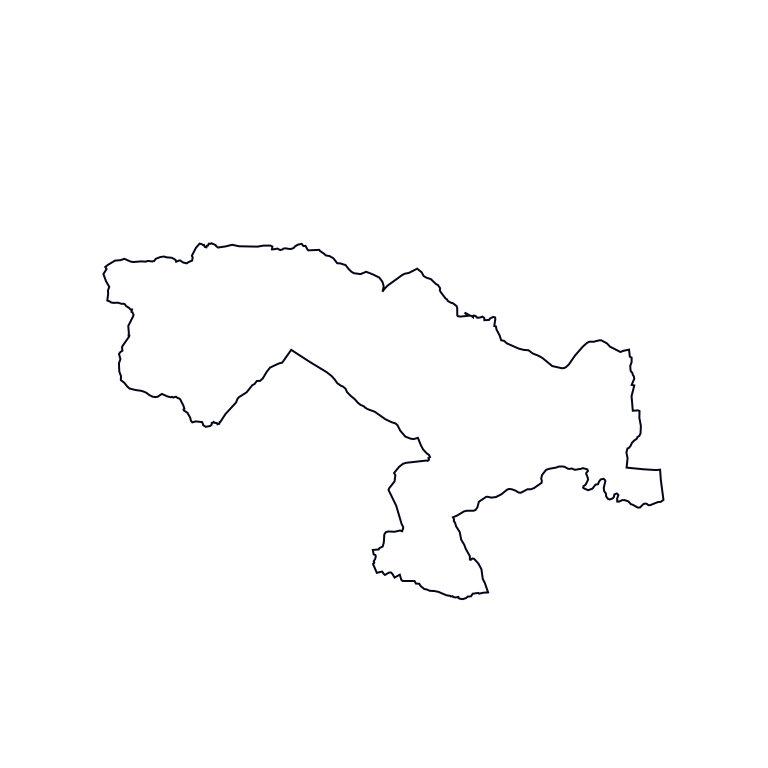 Motru, Gorj, Romania, rotated 303°
{"feature_id": "2599482B51668804441842", "entity_name": "Motru", "entity_type": "district", "adm_level": 2, "iso_a3": "ROU", "parent_name": "Romania", "parent_adm1": "Gorj", "projection": "albers", "projection_center": [22.98, 44.823], "detail": "fine", "context": "isolated", "style": "outline", "palette": "ink", "viewbox_px": 768, "rotation_deg": 303, "n_neighbors": 0, "source": "geoboundaries", "source_scale": "gbopen_adm2", "svg_char_len": 6158}
<svg xmlns="http://www.w3.org/2000/svg" viewBox="0 0 768 768"><g transform="rotate(303 384 384)"><path d="M439.0,681.5L454.1,668.6L462.5,662.2L459.9,658.9L453.6,647.7L446.0,633.0L454.4,628.7L458.7,624.5L462.6,623.3L463.5,624.1L466.3,624.5L469.7,624.0L472.9,624.6L475.7,625.8L477.7,625.5L479.6,626.4L482.4,626.0L488.7,622.3L494.7,616.6L500.5,613.0L500.3,611.6L497.1,607.2L508.7,598.2L519.1,594.7L518.1,592.2L524.8,591.0L526.6,589.2L527.2,587.7L528.6,586.2L529.0,584.4L529.8,583.3L533.2,580.7L537.1,579.8L541.0,577.3L540.8,575.3L546.3,570.8L542.3,566.8L539.6,564.8L538.4,553.2L539.5,548.9L539.0,542.5L538.0,540.9L533.5,536.7L531.5,533.4L529.2,531.9L523.7,530.4L512.0,528.7L501.0,528.4L497.2,527.4L495.5,526.4L494.1,524.6L490.7,515.4L492.1,502.7L491.9,498.5L490.6,492.1L491.0,486.8L488.7,482.6L487.0,477.5L485.0,464.8L485.6,461.2L484.5,458.4L487.6,454.7L491.0,448.6L493.2,446.6L492.7,444.9L499.3,441.9L500.3,440.9L499.8,439.1L496.8,437.3L494.8,437.1L492.2,433.4L494.0,432.1L494.1,429.8L492.2,428.5L490.3,426.1L490.9,423.9L490.4,422.1L489.9,421.7L488.5,422.4L488.7,420.4L488.3,419.2L487.9,413.6L487.6,413.6L487.0,417.4L482.2,411.4L481.1,409.1L481.4,408.1L487.6,404.0L488.9,402.4L489.3,397.9L488.6,395.8L488.4,392.2L489.2,391.0L489.3,388.8L492.2,381.0L493.2,379.6L494.9,378.9L496.4,375.2L496.1,373.5L497.5,366.0L496.3,362.0L496.1,358.5L498.2,354.7L498.8,349.0L490.9,344.5L487.6,341.2L485.5,340.0L468.4,333.4L463.6,332.5L460.6,332.5L465.4,330.7L466.7,329.6L468.9,326.9L470.7,322.1L469.8,314.7L468.4,307.9L463.4,304.5L460.5,298.3L460.4,295.7L461.1,291.9L462.8,287.0L461.3,281.6L459.8,279.0L461.9,273.0L461.6,268.6L460.1,265.0L460.6,263.0L460.7,257.9L461.2,256.6L454.9,247.8L454.9,247.0L457.1,242.9L455.8,241.3L456.7,238.6L454.1,236.0L450.9,234.4L449.0,234.2L447.2,233.0L445.9,231.5L444.2,227.6L442.8,225.9L441.6,225.6L439.8,224.0L439.5,220.8L437.1,218.4L435.9,216.7L438.5,215.5L438.2,213.4L434.3,207.4L430.3,203.1L420.5,187.3L418.1,180.9L413.0,176.1L408.0,170.4L408.3,167.8L408.8,167.0L408.0,162.5L407.0,162.1L406.2,160.6L404.2,161.0L403.4,160.1L401.9,160.6L401.4,159.0L402.6,157.2L402.0,156.6L402.0,154.9L401.3,152.9L395.9,152.1L386.9,153.0L386.1,154.5L383.0,155.9L379.7,153.6L377.8,152.9L376.5,149.4L376.6,145.9L376.0,144.9L373.3,143.1L374.6,141.4L374.3,137.3L371.8,132.6L371.1,130.1L368.7,127.3L364.7,124.4L362.2,124.3L360.6,123.0L358.6,118.9L356.7,117.3L354.6,113.6L349.6,107.1L348.6,104.6L347.6,98.1L344.2,95.4L341.0,91.2L333.6,87.6L330.3,86.5L329.3,88.7L323.4,88.8L318.8,94.9L315.8,100.7L312.0,101.6L309.5,103.5L303.3,106.5L303.9,109.1L303.7,110.6L304.8,113.1L307.3,116.6L308.3,120.2L309.6,122.1L309.7,123.3L308.9,125.3L309.0,128.8L308.4,130.8L309.2,132.1L307.0,132.9L307.1,133.9L305.8,136.1L304.4,136.7L293.4,137.9L287.6,142.4L285.7,143.3L286.0,144.0L285.0,144.4L273.1,144.0L271.6,144.6L269.5,146.5L267.2,145.5L264.8,145.4L261.3,149.4L257.1,150.4L255.5,151.5L250.2,155.3L247.4,159.1L243.9,161.2L243.6,165.5L242.0,170.3L241.6,173.0L243.5,178.6L246.1,184.2L247.0,187.7L247.2,190.4L246.9,193.1L247.3,196.7L248.4,199.2L250.0,201.1L254.7,203.1L255.6,209.0L256.8,212.5L257.8,213.3L257.9,214.6L260.0,216.4L259.9,218.9L260.4,220.3L260.0,221.7L256.5,227.7L254.5,230.1L253.5,229.7L252.8,230.7L252.8,234.8L250.2,239.8L248.1,242.0L247.4,244.1L250.2,246.6L253.0,252.3L251.0,254.9L251.0,257.8L254.0,261.0L255.9,261.6L257.6,260.8L258.3,261.6L259.4,261.8L259.3,263.4L260.2,265.1L259.5,266.3L260.9,267.5L262.7,266.9L263.1,267.4L272.4,267.4L288.0,270.0L291.7,269.2L293.9,269.5L302.2,273.3L311.2,274.2L313.5,275.4L317.3,275.7L319.0,278.3L322.5,279.3L330.2,279.0L335.7,279.5L343.8,284.5L346.5,287.0L362.1,287.6L362.1,309.5L362.7,329.2L362.2,335.5L361.0,340.0L359.2,344.5L359.1,349.0L359.5,351.1L359.1,354.3L357.1,357.4L355.9,362.7L355.3,368.0L354.1,372.0L353.7,375.3L354.3,379.2L353.9,381.2L354.0,383.9L355.7,391.3L355.2,404.1L356.0,410.8L357.2,415.2L356.8,417.7L353.7,423.1L351.5,430.6L352.7,436.3L353.9,438.8L357.3,441.8L352.7,448.3L350.4,452.5L349.1,457.7L349.0,460.3L347.8,462.4L346.1,461.6L345.1,463.0L343.4,462.5L342.7,461.0L329.8,445.3L327.4,443.4L322.9,441.8L314.9,440.9L313.7,443.2L308.1,445.9L299.2,445.1L297.6,445.5L288.6,460.5L276.2,475.0L274.5,478.0L273.5,478.6L270.4,479.4L269.8,477.2L265.8,473.3L262.6,467.8L260.6,466.2L258.0,466.2L251.1,470.1L247.0,471.4L244.0,469.6L242.4,469.7L238.7,465.0L235.5,468.1L235.9,469.8L235.0,471.0L232.4,471.9L229.8,471.9L228.8,473.2L227.1,472.8L221.7,480.8L225.7,484.6L224.6,487.2L224.4,488.8L228.6,490.9L229.7,492.4L229.3,494.5L227.4,498.3L232.7,501.1L229.3,505.0L228.9,506.8L235.4,516.9L234.0,519.5L235.7,522.4L234.6,524.5L234.0,529.2L234.3,530.4L234.9,531.4L235.5,535.0L237.8,539.0L239.3,542.8L240.8,551.4L242.4,555.0L242.2,555.7L243.4,557.1L243.1,558.3L244.0,560.3L245.9,562.3L245.0,563.1L245.4,565.1L246.5,567.3L249.3,569.5L251.3,570.0L253.3,572.6L256.4,572.6L260.1,576.8L260.0,578.0L263.0,580.9L265.9,584.8L272.0,577.0L274.4,572.9L281.7,566.6L284.9,560.8L286.4,554.9L285.8,553.1L283.9,552.6L283.5,551.7L286.4,549.7L290.3,542.3L292.8,539.0L295.5,533.5L301.1,528.1L303.9,522.0L306.3,519.2L307.1,517.2L308.7,516.4L309.8,514.4L313.2,516.8L320.8,520.5L323.0,522.7L326.5,528.2L328.3,529.4L331.4,529.5L336.9,527.7L344.9,531.1L345.9,532.3L347.1,535.8L350.1,539.4L355.4,542.5L362.4,544.8L364.0,545.9L365.3,548.5L366.2,552.3L366.3,556.0L367.3,558.0L373.8,561.6L375.8,564.6L378.4,566.5L387.0,570.0L388.8,569.1L390.2,567.4L393.8,566.1L400.3,566.7L402.9,568.8L407.7,573.9L410.0,575.6L412.1,578.7L412.9,580.5L413.1,584.2L413.7,585.7L415.4,587.5L416.0,590.8L420.3,595.6L421.7,596.5L423.1,600.8L422.2,602.4L419.5,602.1L418.8,602.5L416.3,606.0L414.8,607.3L409.6,607.9L406.9,607.0L405.5,607.5L405.3,608.1L406.1,613.0L409.7,615.8L414.9,616.2L416.5,618.1L419.1,617.5L422.0,617.7L424.1,619.9L423.8,621.5L423.2,622.5L416.7,624.8L414.9,626.2L413.9,627.3L413.1,629.7L410.6,631.7L409.6,634.6L410.1,636.2L412.0,637.7L413.9,638.4L416.9,637.4L418.9,638.8L419.0,639.5L418.4,641.1L414.9,641.9L412.4,643.7L413.3,645.1L416.3,647.0L417.8,649.3L418.6,653.1L417.7,656.4L418.2,658.5L418.6,664.3L420.0,666.0L424.3,666.9L425.8,667.9L426.6,669.6L426.4,671.8L427.2,673.1L434.0,677.9L435.9,680.3L439.0,681.5Z" fill="none" stroke="#020617" stroke-width="2"/></g></svg>